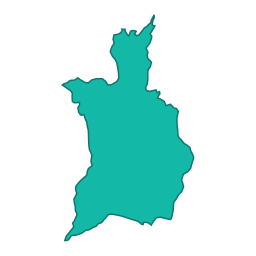 Paramali, Limassol, Cyprus
{"feature_id": "46923920B35897825724853", "entity_name": "Paramali", "entity_type": "district", "adm_level": 2, "iso_a3": "CYP", "parent_name": "Cyprus", "parent_adm1": "Limassol", "projection": "equal_earth", "projection_center": [32.794, 34.691], "detail": "fine", "context": "isolated", "style": "filled", "palette": "teal", "viewbox_px": 256, "rotation_deg": 0, "n_neighbors": 0, "source": "geoboundaries", "source_scale": "gbopen_adm2", "svg_char_len": 2724}
<svg xmlns="http://www.w3.org/2000/svg" viewBox="0 0 256 256"><path d="M62.3,85.0L63.7,85.9L67.0,88.3L70.6,90.6L72.3,93.4L72.1,96.8L72.4,101.5L74.3,102.8L79.5,102.5L79.6,104.7L77.9,107.8L78.6,111.9L79.8,113.9L81.3,115.3L83.2,114.8L84.1,115.0L85.3,119.1L86.8,122.2L87.3,126.4L88.3,130.0L88.5,135.3L88.6,139.2L88.8,144.1L89.1,147.6L89.6,150.1L90.4,151.6L91.1,153.3L92.0,155.5L91.5,157.9L91.1,159.6L91.0,161.7L91.7,163.8L91.9,166.1L89.4,167.7L88.2,169.0L87.2,171.6L87.0,174.5L85.9,176.0L83.6,177.9L80.6,180.6L78.2,183.2L75.9,186.5L75.6,189.7L76.8,193.4L75.1,197.0L73.9,199.1L74.3,202.2L74.7,204.4L75.1,205.8L75.4,207.7L75.3,209.4L75.7,211.6L77.1,213.6L76.7,215.6L76.0,217.0L75.2,218.9L74.3,221.1L72.6,223.2L73.5,225.7L73.5,227.1L72.6,228.4L71.3,229.9L68.7,233.2L66.3,236.2L65.4,238.7L64.8,240.5L65.4,240.6L66.3,240.5L67.2,240.3L67.9,240.1L68.6,239.5L69.4,238.5L70.0,237.7L70.4,237.0L71.0,236.1L72.4,235.4L73.9,235.3L75.6,235.2L77.5,234.7L79.1,234.1L81.5,233.3L83.2,232.3L84.5,231.0L86.8,230.1L89.0,229.8L90.6,228.9L93.5,227.2L95.0,226.8L96.5,225.9L97.3,224.6L98.5,223.7L101.6,222.6L102.8,221.2L104.2,219.3L105.5,218.1L107.8,215.0L110.4,214.1L113.4,214.4L116.8,215.0L121.8,216.1L126.1,217.5L132.8,219.7L137.9,221.2L141.7,224.3L143.1,224.5L143.4,222.6L145.4,222.3L148.4,222.8L151.2,225.1L153.5,221.3L155.4,218.9L156.7,217.7L160.3,217.1L165.0,218.4L170.0,219.5L170.2,219.3L171.2,218.7L171.7,217.1L172.2,215.3L172.7,212.6L173.2,209.9L173.7,202.3L176.6,198.4L177.8,195.8L182.0,191.0L183.6,186.6L181.6,179.5L183.4,174.2L187.8,171.7L190.6,168.3L192.2,162.4L193.7,157.6L192.4,153.8L190.9,151.4L189.9,147.5L186.7,145.0L183.8,143.2L180.9,139.4L178.8,137.6L177.9,134.7L177.7,130.1L177.1,125.3L176.9,117.8L178.3,111.5L176.5,108.6L174.0,108.0L170.5,104.3L165.8,105.6L164.3,101.5L160.4,99.0L157.6,98.1L158.7,95.3L159.9,94.0L159.5,91.6L157.3,92.7L156.0,89.9L154.3,90.3L150.0,91.3L146.7,90.8L145.5,88.1L147.2,84.1L147.8,79.9L147.8,73.5L147.9,70.2L150.4,66.6L151.4,62.2L147.8,58.3L147.1,54.9L148.0,52.6L146.1,48.0L149.8,43.2L151.3,39.0L151.8,36.2L150.1,33.8L153.4,28.6L154.9,26.0L153.6,25.6L152.3,25.1L152.3,23.2L153.2,19.5L154.1,18.2L154.2,15.7L153.9,15.4L151.1,20.7L150.8,22.8L148.5,24.5L147.5,26.0L144.4,28.0L138.9,35.1L136.6,35.6L134.6,34.1L136.2,31.3L134.4,30.6L132.2,30.6L130.5,31.3L128.8,35.9L127.5,34.9L125.4,31.5L124.9,29.2L121.9,29.2L122.4,29.9L121.2,32.2L118.9,34.0L113.9,35.1L113.1,39.2L114.2,43.3L112.0,46.5L110.2,51.7L112.4,56.2L115.1,59.4L116.8,62.8L117.8,68.0L118.5,72.9L118.8,78.1L117.0,81.2L116.0,82.1L110.9,84.9L107.8,84.8L105.5,81.2L102.3,78.7L96.4,78.7L91.7,80.0L88.2,83.0L84.6,82.3L83.2,81.4L80.2,79.7L77.9,77.9L74.5,80.1L70.3,80.4L66.6,83.0L63.7,83.9L62.3,85.0Z" fill="#14b8a6" stroke="#0f766e" stroke-width="1.5"/></svg>